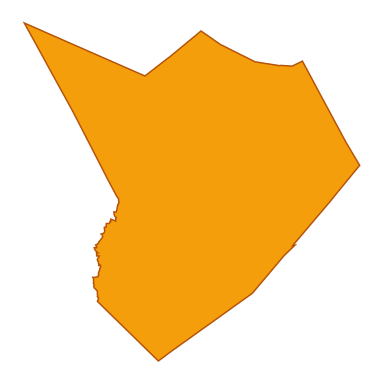 El Salvador, San Luis Potosí, Mexico
{"feature_id": "50627088B73100122878983", "entity_name": "El Salvador", "entity_type": "district", "adm_level": 2, "iso_a3": "MEX", "parent_name": "Mexico", "parent_adm1": "San Luis Potosí", "projection": "orthographic", "projection_center": [-100.964, 24.436], "detail": "fine", "context": "isolated", "style": "filled", "palette": "amber", "viewbox_px": 384, "rotation_deg": 0, "n_neighbors": 0, "source": "geoboundaries", "source_scale": "gbopen_adm2", "svg_char_len": 3555}
<svg xmlns="http://www.w3.org/2000/svg" viewBox="0 0 384 384"><path d="M24.3,23.0L40.8,53.0L50.6,71.0L72.7,111.2L93.5,151.6L108.1,180.1L116.6,196.0L116.8,196.4L117.0,196.6L117.1,196.9L117.2,197.1L117.5,197.3L117.7,197.5L118.1,198.0L118.4,198.4L118.4,198.7L118.5,199.0L118.6,199.3L118.6,199.5L118.6,199.8L118.6,200.0L118.6,200.4L118.6,200.7L118.7,201.1L118.8,201.3L119.0,201.6L119.0,202.2L118.7,203.0L118.5,203.5L118.5,203.8L118.2,204.1L117.8,204.6L117.8,204.8L118.0,205.0L117.8,205.2L117.6,205.7L117.4,206.4L117.3,206.9L117.3,207.2L117.0,208.6L116.9,209.7L116.0,212.1L114.3,211.9L113.9,211.9L114.2,214.5L114.6,215.9L115.5,216.9L116.1,217.5L116.3,217.8L115.7,218.4L115.7,221.1L110.9,219.1L110.8,219.7L110.6,220.2L110.4,220.8L110.1,221.3L110.7,221.5L110.0,222.5L109.4,223.4L109.0,223.4L106.3,223.5L106.2,224.3L106.1,224.9L106.2,225.5L106.2,226.1L106.3,226.9L105.1,227.2L104.4,227.2L104.4,227.5L104.3,228.0L104.5,228.6L104.4,228.9L104.4,229.0L104.4,229.3L104.5,229.6L104.6,229.8L104.7,230.1L104.8,230.3L104.8,230.6L104.7,230.8L104.6,231.0L104.5,231.6L104.5,231.8L104.4,232.1L104.1,232.5L104.0,233.0L103.3,233.4L102.7,233.6L102.0,233.8L101.1,234.1L102.5,235.2L102.6,237.2L99.6,241.0L99.2,241.4L99.0,241.8L98.9,241.9L98.8,242.0L98.6,242.1L98.6,242.3L98.5,243.0L97.9,243.5L97.9,243.8L95.6,245.0L96.1,245.8L96.7,246.3L96.7,246.9L96.7,247.7L96.3,247.6L95.6,247.5L94.2,247.7L94.4,248.4L94.6,248.7L94.6,249.0L95.0,249.4L95.1,250.0L95.4,250.5L96.0,251.1L96.6,251.8L97.7,252.7L96.5,252.6L96.5,253.1L96.8,253.1L96.7,253.8L96.7,254.5L96.6,255.1L96.6,255.9L97.0,255.9L97.8,256.0L98.3,256.0L98.7,256.0L99.1,256.0L99.3,256.0L99.1,256.4L98.5,257.3L98.0,258.0L97.6,258.9L97.3,259.7L97.4,260.3L97.5,260.6L97.7,260.8L98.0,261.4L98.3,261.9L98.4,262.2L98.5,262.5L98.5,262.9L98.5,263.2L98.5,263.7L98.7,263.9L98.8,264.2L98.8,264.7L98.8,265.2L98.7,265.5L99.0,265.7L99.3,265.4L99.7,265.1L100.0,265.0L100.3,265.1L100.4,265.4L100.4,265.7L100.6,266.1L100.8,266.3L100.7,266.7L100.6,266.9L100.5,267.2L100.4,267.3L100.3,267.6L100.2,267.7L100.0,268.0L99.9,268.2L99.8,268.5L99.8,269.1L99.8,269.6L99.5,270.0L99.4,270.3L99.4,270.7L99.2,270.9L99.2,271.2L99.0,271.5L98.8,271.9L98.7,272.2L98.5,272.7L98.5,273.4L98.4,273.9L98.6,274.4L98.6,275.3L98.4,275.5L98.2,276.0L97.9,276.6L97.7,276.6L97.4,276.6L97.2,276.9L96.9,277.0L96.5,277.1L96.1,277.0L95.7,277.1L95.2,277.2L94.6,277.4L94.2,277.5L93.7,277.5L93.2,277.3L92.8,277.3L93.5,278.5L93.5,279.9L93.6,281.2L93.4,283.2L94.0,284.0L93.8,286.4L94.2,287.7L95.9,289.5L97.2,290.8L97.4,292.1L97.3,294.0L97.6,295.2L97.3,296.6L98.6,297.8L98.0,299.6L97.4,301.4L158.4,361.0L167.8,353.9L169.4,352.7L172.0,350.8L177.2,347.1L177.5,346.8L178.5,346.2L179.0,345.8L180.6,344.7L180.8,344.5L182.3,343.4L184.7,341.7L185.6,341.1L196.3,333.4L197.3,332.7L201.6,329.6L208.2,324.9L209.8,323.8L221.6,315.3L223.7,313.8L225.4,312.6L225.7,312.4L233.0,307.1L251.8,293.7L252.3,293.1L252.6,293.0L284.2,255.5L291.6,248.4L293.4,246.7L294.9,245.2L292.7,245.6L329.6,202.1L337.2,192.7L358.8,166.4L359.6,165.5L359.7,165.4L346.7,143.5L345.8,142.0L337.4,126.3L322.7,99.0L310.2,75.6L305.9,67.6L302.4,61.1L300.5,62.1L297.3,63.6L292.0,66.2L291.9,66.1L280.7,65.4L279.8,65.7L269.6,64.1L267.9,63.8L266.8,63.7L255.0,61.8L243.9,56.2L243.6,56.1L242.6,55.6L240.7,54.7L238.6,53.6L235.2,51.9L230.8,49.7L230.2,49.4L222.8,45.6L222.5,45.5L222.4,45.5L220.8,44.7L220.2,44.4L219.9,44.1L214.9,40.7L213.7,39.8L202.6,32.1L201.0,31.0L199.4,32.3L194.9,36.1L190.5,39.7L188.5,41.3L187.6,42.1L183.6,45.4L169.2,57.3L168.8,57.5L144.9,76.0L42.0,30.8L24.3,23.0Z" fill="#f59e0b" stroke="#b45309" stroke-width="1.5"/></svg>